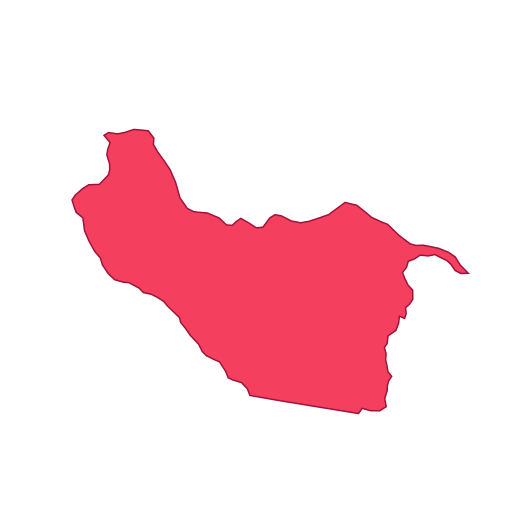 the district of Guaraíta, Goiás, Brazil, rotated 126°
{"feature_id": "56859067B84208885537844", "entity_name": "Guaraíta", "entity_type": "district", "adm_level": 2, "iso_a3": "BRA", "parent_name": "Brazil", "parent_adm1": "Goiás", "projection": "robinson", "projection_center": [-50.064, -15.682], "detail": "fine", "context": "isolated", "style": "filled", "palette": "rose", "viewbox_px": 512, "rotation_deg": 126, "n_neighbors": 0, "source": "geoboundaries", "source_scale": "gbopen_adm2", "svg_char_len": 1826}
<svg xmlns="http://www.w3.org/2000/svg" viewBox="0 0 512 512"><g transform="rotate(126 256 256)"><path d="M156.3,192.2L156.0,197.9L155.7,204.2L160.3,215.4L172.1,219.1L179.7,221.5L187.7,227.0L196.5,233.3L202.8,239.3L206.9,248.0L208.6,259.0L211.4,264.9L216.7,267.1L223.3,267.3L228.6,267.3L233.1,272.4L233.5,281.7L234.5,290.4L240.3,292.4L245.1,293.2L248.2,298.1L246.9,308.2L249.8,320.6L252.9,325.7L256.7,332.3L257.9,339.5L253.7,351.6L243.7,364.3L236.6,376.4L233.1,386.0L229.5,396.9L226.0,404.6L220.7,407.9L218.0,416.7L221.4,422.6L225.4,429.2L233.3,434.9L238.6,439.8L242.8,447.8L247.7,449.9L250.1,440.6L257.0,438.6L262.0,436.0L267.5,428.6L272.3,425.0L277.1,423.1L290.1,424.8L296.7,433.2L303.2,435.8L312.7,438.0L318.8,437.8L323.3,431.8L326.4,427.2L326.9,418.5L336.4,409.5L342.1,399.8L346.9,389.7L349.2,380.5L353.5,375.0L357.2,364.9L358.2,356.2L355.0,347.6L352.2,343.0L350.7,331.5L351.8,325.7L348.5,318.2L347.4,311.4L347.0,303.9L348.5,298.1L350.8,281.7L354.0,277.9L356.0,270.5L358.8,262.7L361.1,250.6L364.9,243.2L365.8,237.3L364.3,228.7L363.1,223.3L367.1,212.9L370.9,206.8L369.8,201.6L366.9,193.2L368.6,184.7L372.4,179.0L361.9,157.5L355.8,145.2L323.2,80.5L316.8,80.5L313.8,72.4L308.5,64.9L301.4,62.1L295.7,68.0L287.9,70.7L283.6,73.5L279.3,75.2L273.6,75.5L272.0,81.3L267.7,85.6L263.9,90.0L258.5,93.4L254.6,98.3L249.6,98.5L243.1,102.2L234.0,99.1L227.0,100.9L220.4,104.6L219.2,99.1L214.4,100.6L209.9,104.6L205.0,103.5L198.9,103.7L191.5,109.2L190.2,115.8L186.7,122.5L183.3,127.7L176.6,127.6L170.8,129.7L165.3,126.1L158.8,123.7L154.7,116.7L149.7,112.1L148.5,104.3L147.5,99.1L148.2,93.4L150.7,86.2L149.7,79.9L145.2,74.1L143.3,85.3L139.6,94.5L139.9,102.6L142.4,112.7L148.8,126.8L153.5,132.9L155.5,138.3L155.3,151.8L154.6,157.0L153.0,168.2L154.6,174.0L156.8,185.3L156.3,192.2Z" fill="#f43f5e" stroke="#9f1239" stroke-width="1.5"/></g></svg>